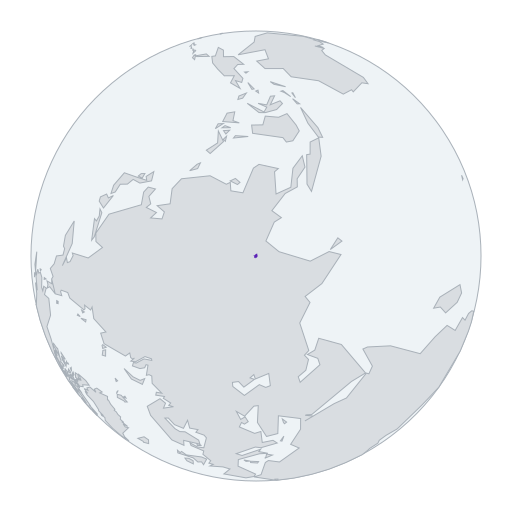 Chhukha highlighted on a globe, orthographic projection, rotated 236°
{"feature_id": "BTN-2433", "entity_name": "Chhukha", "entity_type": "District", "adm_level": 1, "iso_a3": "BTN", "parent_name": "Bhutan", "parent_adm1": "", "projection": "orthographic", "projection_center": [89.524, 27.004], "detail": "fine", "context": "on_globe", "style": "filled", "palette": "violet", "viewbox_px": 512, "rotation_deg": 236, "n_neighbors": 0, "source": "natural_earth", "source_scale": "10m", "svg_char_len": 11138}
<svg xmlns="http://www.w3.org/2000/svg" viewBox="0 0 512 512"><g transform="rotate(236 256 256)"><circle cx="256" cy="256" r="225" fill="#eef3f6" stroke="#a8b0b8"/><path d="M339.3,46.7L338.0,46.4L347.6,53.3L357.3,58.4L349.9,55.5L372.8,68.1L382.2,76.7L367.4,65.4L362.7,63.1L367.1,67.7L363.2,66.4L363.1,68.1L358.0,66.5L349.8,60.7L346.3,59.7L349.6,63.1L346.7,64.1L342.3,59.1L336.7,60.5L321.8,52.6L314.4,43.2L302.0,39.8L283.4,33.4L280.9,33.6L272.3,32.2L266.3,32.1L264.6,31.5L261.3,32.1L264.0,32.6L263.5,33.2L260.2,33.4L257.4,32.5L258.6,32.3L256.1,32.2L256.1,31.7L254.2,32.1L251.2,31.4L249.3,32.5L242.8,32.3L242.2,31.8L248.6,31.3L258.0,30.7L274.6,31.5L291.2,33.5L307.5,36.7L323.6,41.1L339.3,46.7ZM231.9,32.0L226.2,32.7L220.9,33.5L231.9,32.0ZM365.1,62.8L362.3,60.5L366.3,63.3L365.1,62.8ZM363.9,68.7L366.0,69.9L365.0,70.4L363.9,68.7ZM243.3,31.1L243.1,31.1L240.7,31.2L241.0,31.2L243.3,31.1ZM356.5,68.4L354.4,69.1L355.1,67.3L356.5,68.4ZM238.0,31.5L247.2,30.9L250.3,30.8L248.6,31.1L238.0,31.5ZM352.2,68.8L347.2,71.2L351.3,73.8L336.9,68.4L345.9,67.8L346.2,65.0L348.7,67.6L352.2,68.8ZM266.3,32.8L263.2,32.1L268.8,32.6L266.3,32.8ZM270.0,33.0L288.0,34.7L290.9,36.2L284.3,35.1L290.5,37.3L283.0,37.1L278.0,35.8L277.6,34.8L275.0,35.6L270.0,33.0ZM329.7,65.3L327.3,65.2L328.2,64.3L329.7,65.3ZM263.7,33.5L267.1,33.5L269.8,34.7L263.6,34.9L264.7,34.4L263.7,33.5ZM295.7,38.1L296.7,39.3L290.9,39.4L290.5,39.9L283.1,37.2L295.7,38.1ZM262.4,34.2L260.3,35.0L256.0,34.8L260.6,33.6L262.4,34.2ZM273.2,35.0L274.2,35.7L271.6,35.3L273.2,35.0ZM239.7,35.0L243.6,34.5L245.4,35.0L239.7,35.0ZM259.8,35.4L261.3,35.5L262.5,35.8L260.3,36.3L259.8,35.4ZM279.6,37.6L277.0,37.6L282.3,38.7L278.2,39.2L274.0,37.4L274.1,38.3L272.8,38.5L270.8,36.9L279.6,37.6ZM261.5,37.7L254.7,36.2L247.0,36.6L245.2,36.0L258.0,35.5L261.5,37.7ZM267.1,37.3L263.2,37.4L263.0,36.5L265.5,35.9L267.1,37.3ZM276.9,40.2L284.3,40.0L284.9,40.4L276.9,40.2ZM259.3,37.9L260.9,38.3L258.7,38.1L259.3,37.9ZM271.5,39.6L274.1,39.4L274.7,39.9L271.5,39.6ZM262.2,39.5L260.0,38.9L261.6,38.4L262.2,39.5ZM266.5,39.7L266.8,40.4L263.5,38.6L267.5,39.5L266.5,39.7ZM271.8,40.1L273.0,40.3L270.6,40.1L271.8,40.1ZM257.2,42.1L252.6,39.9L256.3,38.6L260.2,40.9L257.2,42.1ZM58.6,147.5L74.0,130.8L71.9,137.9L79.6,148.3L79.5,151.9L72.1,160.3L72.7,184.4L80.5,179.4L87.5,196.1L96.3,202.1L111.0,185.2L96.6,174.8L100.5,163.8L117.2,164.1L130.7,174.2L132.7,170.3L129.6,157.0L138.2,152.8L129.1,151.9L128.7,157.0L123.0,156.9L123.1,152.4L126.1,150.9L123.6,146.6L109.7,155.7L107.8,161.9L97.9,156.9L93.7,167.0L89.1,169.0L94.3,152.9L98.0,148.6L103.2,129.1L98.4,132.9L93.2,151.9L92.3,149.0L85.8,155.5L90.1,148.3L97.1,127.5L91.8,123.6L75.4,133.7L74.3,131.1L77.7,123.6L93.3,107.5L94.0,115.3L99.6,110.7L107.7,100.4L107.2,104.0L110.6,101.1L111.6,104.0L121.3,101.1L123.6,103.7L135.2,96.2L138.0,96.8L130.3,100.8L126.2,105.5L133.0,113.2L136.5,112.8L143.5,107.6L144.5,110.8L150.4,104.8L158.1,107.4L153.7,99.5L161.8,94.1L170.7,92.7L172.6,89.8L158.1,92.3L153.0,94.7L149.9,98.9L135.4,105.5L131.4,104.3L143.6,92.9L139.3,90.4L150.6,83.4L182.8,79.5L192.2,81.8L191.4,96.6L184.6,98.7L181.6,94.2L177.2,103.3L181.0,100.1L181.8,103.1L189.8,99.6L190.7,101.6L196.7,95.1L198.8,97.2L194.9,101.2L208.5,98.7L214.8,102.5L217.4,101.0L218.4,98.4L225.9,105.4L227.4,104.1L225.6,101.2L227.6,96.8L234.0,92.1L236.2,94.8L234.2,96.8L233.3,105.6L227.7,111.2L229.2,111.9L234.7,107.7L235.7,96.9L238.9,93.4L239.4,98.2L239.5,96.2L241.8,95.3L246.2,97.1L246.1,91.8L268.3,81.0L278.9,84.1L276.9,89.1L294.8,86.5L305.4,91.6L303.7,88.7L311.1,86.4L307.8,84.7L307.6,83.2L325.2,78.1L331.0,79.5L336.6,75.4L335.8,74.1L331.7,72.8L336.9,68.4L351.3,73.8L352.5,76.3L360.7,78.5L362.4,84.3L367.6,90.6L364.7,96.5L369.1,101.5L371.8,101.9L379.7,109.5L386.7,124.9L369.1,110.6L356.3,90.1L360.5,97.9L356.0,95.9L355.3,98.7L358.6,104.6L361.2,105.4L348.2,115.8L348.9,133.5L357.5,131.4L364.5,136.0L372.9,157.5L362.6,189.6L371.8,198.6L373.4,205.2L367.8,210.1L365.3,200.5L358.1,197.9L357.6,192.2L347.7,197.8L346.5,189.9L339.3,198.8L343.8,204.7L353.0,202.2L347.3,214.0L358.7,224.1L361.7,237.4L348.2,262.8L332.1,271.5L331.4,275.8L324.1,271.6L315.7,280.5L330.3,303.0L330.3,309.7L316.0,323.4L315.5,318.5L296.2,307.3L293.5,323.3L308.1,335.7L313.2,350.4L302.3,346.3L297.0,333.3L290.2,328.9L291.5,315.1L284.7,294.5L273.6,298.5L273.9,290.1L262.9,272.6L246.7,277.5L221.4,298.1L218.8,319.1L209.7,327.3L196.3,295.2L195.0,274.1L187.3,274.8L176.0,254.8L148.1,246.9L146.7,240.7L140.9,241.7L133.4,233.4L132.3,223.5L126.6,222.0L130.1,248.2L136.6,250.0L145.6,243.5L145.1,252.1L152.7,262.0L134.9,277.3L97.8,281.4L98.6,265.0L93.4,213.5L96.0,209.3L96.2,208.7L96.4,207.7L91.3,214.0L91.9,204.3L89.9,238.3L87.7,251.6L97.2,282.1L95.2,283.7L99.6,290.9L119.1,292.6L118.2,297.6L106.3,317.3L83.2,337.5L88.9,359.4L91.6,375.6L82.9,379.5L89.5,392.8L85.9,393.4L89.5,400.1L89.9,404.3L88.4,405.6L81.0,397.9L75.5,390.8L74.4,389.3L62.9,372.0L45.0,334.2L42.3,322.3L39.6,309.9L33.7,276.4L34.6,263.5L34.3,255.2L32.7,252.4L32.9,242.6L32.4,239.7L31.9,232.9L34.5,215.1L38.4,197.5L43.8,180.3L50.5,163.6L58.6,147.5ZM60.7,146.4L58.5,149.9L60.7,146.4ZM140.5,195.4L151.5,200.9L154.4,186.7L158.9,187.9L158.3,182.9L154.6,185.7L154.1,172.6L161.7,171.3L164.4,165.8L160.8,163.8L146.9,168.4L147.5,186.8L141.6,190.6L140.5,195.4ZM128.2,84.1L125.9,87.1L121.5,89.4L118.7,87.8L124.9,84.2L128.2,84.1ZM123.7,91.1L136.5,81.1L138.9,82.3L135.4,83.2L135.6,85.0L130.1,87.0L119.7,98.6L115.2,101.5L112.3,95.8L115.7,95.8L117.8,92.6L123.7,91.1ZM165.3,58.9L170.9,56.1L168.7,62.1L163.7,64.1L160.5,62.1L164.5,58.6L165.3,58.9ZM233.3,32.8L235.6,32.4L236.3,32.5L235.0,32.9L233.3,32.8ZM241.4,34.7L224.1,35.0L225.8,34.5L213.6,36.1L213.4,35.4L221.4,34.2L212.1,35.3L219.2,33.9L212.4,35.0L230.0,32.4L236.0,31.8L229.4,32.7L229.4,33.2L231.2,33.3L240.7,33.2L253.6,32.6L255.7,33.6L253.7,34.5L250.9,34.8L250.5,33.9L247.1,35.0L244.3,34.0L241.4,34.7ZM229.3,52.4L229.9,49.9L222.6,54.4L219.8,52.4L219.1,53.1L214.5,52.6L207.8,53.3L207.4,52.2L204.9,53.0L201.8,52.9L198.3,53.8L196.5,52.2L192.0,53.3L193.7,52.0L186.5,54.3L191.0,51.9L187.4,52.0L184.9,54.3L183.6,46.5L179.6,46.0L173.7,47.3L182.3,43.8L193.2,40.8L204.0,39.1L206.7,40.4L210.1,38.9L212.4,39.3L208.8,40.3L215.7,39.0L216.6,39.6L226.2,39.9L235.7,38.3L239.5,38.7L236.2,39.7L242.2,39.4L238.6,41.6L241.2,42.0L240.3,45.0L232.5,47.1L236.0,47.5L235.5,50.1L229.3,52.4ZM256.6,42.9L248.0,45.2L242.2,45.4L246.2,40.3L244.3,39.6L246.7,37.0L255.1,36.9L253.6,37.6L254.2,38.3L251.3,38.0L254.0,38.8L252.1,39.9L253.6,40.9L250.4,41.3L256.6,42.9ZM83.4,150.2L84.0,152.1L85.9,153.9L81.8,158.3L83.4,150.2ZM87.8,136.0L88.9,136.7L84.1,143.2L83.5,141.5L87.8,136.0ZM93.7,131.9L89.4,136.3L91.3,132.9L93.7,131.9ZM131.8,101.4L133.5,102.1L132.1,103.5L129.3,104.8L131.8,101.4ZM207.0,67.6L208.3,65.6L209.8,65.5L216.3,62.0L218.9,63.6L216.0,66.3L207.0,67.6ZM106.2,186.7L101.2,188.5L101.0,185.8L102.7,185.7L106.2,186.7ZM89.1,172.9L91.1,178.4L88.0,174.0L89.1,172.9ZM210.9,68.8L213.3,67.0L213.1,68.9L210.9,68.8ZM221.1,64.6L221.6,66.6L219.9,63.4L221.1,64.6ZM203.6,469.9L208.0,471.6L204.4,471.0L203.6,469.9ZM119.1,385.4L118.2,409.1L110.4,405.8L105.1,396.9L102.8,381.4L110.6,380.3L113.4,374.1L119.1,385.4ZM365.2,377.2L371.1,376.9L370.8,377.8L365.2,377.2ZM359.1,375.2L366.0,374.3L357.8,377.3L359.1,375.2ZM368.7,373.9L375.7,370.9L378.7,368.8L378.1,370.8L368.7,373.9ZM354.3,376.0L327.8,379.1L317.1,377.6L319.7,374.2L337.1,373.3L354.3,376.0ZM318.9,374.1L302.3,365.8L278.5,338.1L287.1,338.5L311.7,354.7L310.2,357.8L320.2,364.6L318.9,374.1ZM358.4,352.3L356.7,361.3L342.2,362.5L335.5,361.8L330.9,351.0L333.5,344.9L339.1,344.5L359.6,321.8L367.0,325.6L360.9,335.0L366.8,341.9L358.4,352.3ZM219.8,321.2L225.3,334.0L220.3,335.6L219.8,321.2ZM367.3,306.2L359.4,316.4L366.4,303.3L367.3,306.2ZM371.0,294.1L371.8,298.6L368.2,294.7L371.0,294.1ZM331.8,282.3L326.0,283.9L325.6,280.6L332.7,276.6L331.8,282.3ZM363.8,248.7L365.0,258.5L364.3,262.0L361.1,256.5L363.8,248.7ZM236.5,83.7L224.6,86.5L217.7,90.4L216.6,95.2L213.1,90.0L223.7,83.9L236.5,83.7ZM264.1,80.8L265.1,77.2L268.0,78.4L268.2,79.4L264.1,80.8ZM262.3,78.9L257.1,75.3L259.8,73.1L263.4,76.3L262.3,78.9ZM233.6,70.9L229.9,71.5L230.1,69.9L233.6,70.9ZM392.2,435.2L396.3,431.1L401.7,427.5L395.8,432.5L392.2,435.2ZM384.0,425.9L344.0,444.9L336.2,445.2L340.4,440.6L337.7,428.4L340.4,428.2L341.4,418.9L366.3,405.9L384.9,385.4L396.2,383.4L406.3,368.3L417.2,365.6L412.5,376.6L422.0,378.8L432.8,353.7L434.4,374.1L438.5,378.1L434.7,390.1L411.7,418.0L402.4,425.9L402.5,425.0L398.2,428.6L394.1,430.2L395.6,425.1L391.2,428.5L397.2,422.2L390.0,428.6L389.6,425.4L384.0,425.9ZM459.9,350.7L460.3,350.2L459.8,352.1L459.1,353.2L459.9,350.7ZM467.7,331.9L467.6,332.8L467.2,333.7L467.7,331.9ZM467.6,331.9L468.6,329.0L467.9,331.3L467.6,331.9ZM466.7,324.4L467.4,322.6L467.5,323.3L466.7,324.4ZM379.8,375.2L388.3,366.9L392.6,365.3L379.8,375.2ZM466.3,322.7L464.9,323.9L465.2,322.5L466.3,322.7ZM466.8,319.6L466.8,317.9L467.1,321.3L466.8,319.6ZM464.4,318.2L465.9,319.7L464.1,318.8L464.4,318.2ZM463.2,319.7L461.9,319.4L462.0,318.7L463.2,319.7ZM444.6,334.2L450.0,341.4L444.9,344.1L439.4,340.5L433.8,349.1L421.8,353.0L425.0,347.9L423.7,342.5L410.6,344.5L407.9,341.2L412.9,337.1L403.8,336.5L413.8,331.7L417.6,338.8L423.1,330.5L432.1,328.8L440.3,328.0L446.2,331.0L444.6,334.2ZM413.2,349.9L414.9,349.4L413.3,352.3L413.2,349.9ZM459.3,317.1L461.2,319.4L460.9,320.6L459.9,320.8L459.3,317.1ZM447.7,328.8L454.4,318.5L455.8,317.7L451.3,327.8L447.7,328.8ZM453.1,314.9L455.9,314.2L457.2,317.1L456.6,318.5L453.1,314.9ZM392.9,348.0L392.4,350.4L389.7,349.3L392.9,348.0ZM396.4,345.8L404.4,346.2L395.6,347.9L396.4,345.8ZM370.9,343.2L373.4,348.2L381.4,343.1L375.3,349.4L380.4,357.3L378.4,361.0L373.4,352.4L371.2,362.7L367.6,363.2L365.9,355.0L369.7,343.8L373.2,338.7L387.5,334.1L370.9,343.2ZM396.5,339.1L394.3,333.2L395.9,328.5L398.2,331.3L396.5,339.1ZM387.4,319.0L381.1,312.6L375.7,316.6L386.1,303.6L390.6,311.9L387.4,319.0ZM381.4,303.2L376.5,306.8L381.3,299.5L381.4,303.2ZM375.0,304.5L374.0,299.2L378.1,299.2L375.0,304.5ZM384.1,302.9L384.3,293.5L386.8,298.5L384.1,302.9ZM371.2,287.4L380.7,294.7L369.0,293.0L366.6,275.3L371.5,274.0L371.2,287.4ZM386.5,210.0L384.2,205.2L388.1,203.1L388.5,206.9L386.5,210.0ZM398.6,193.4L388.4,201.0L379.8,207.7L383.4,209.4L383.1,218.5L376.7,211.4L381.4,200.5L388.2,197.0L387.5,189.6L391.4,183.6L387.8,175.1L388.9,170.7L394.3,177.6L398.6,193.4ZM385.9,171.6L381.1,156.4L389.2,156.7L392.0,160.1L390.9,166.8L386.7,166.1L385.9,171.6ZM382.3,153.0L378.1,152.4L362.3,132.6L361.0,128.6L377.3,143.0L374.3,143.3L376.8,148.4L382.3,153.0ZM329.0,66.6L327.4,65.4L330.0,66.1L329.0,66.6ZM305.6,82.4L305.7,80.5L308.7,81.2L305.6,82.4ZM307.5,75.9L304.1,76.4L306.8,74.7L307.5,75.9ZM296.6,77.9L302.3,76.0L298.2,79.5L296.6,77.9Z" fill="#d9dde1" stroke="#a8b0b8" stroke-width="1"/><path d="M256.8,257.2L256.6,257.1L256.4,257.1L256.3,256.9L256.2,256.9L255.9,256.8L255.7,256.8L255.6,256.7L255.4,256.5L255.3,256.4L255.2,256.3L255.2,256.2L255.4,256.0L255.4,255.9L255.2,255.7L255.3,255.6L255.4,255.4L255.3,255.2L255.6,255.2L255.8,255.3L255.9,255.2L256.0,255.0L256.0,254.9L256.1,255.0L256.3,255.0L256.1,255.2L256.0,255.3L256.3,255.5L256.5,255.7L256.5,255.8L256.8,255.9L256.8,256.0L256.9,256.3L256.9,256.5L256.9,256.8L256.7,257.0L256.8,257.1L256.8,257.2Z" fill="#8b5cf6" stroke="#5b21b6" stroke-width="1.5"/></g></svg>